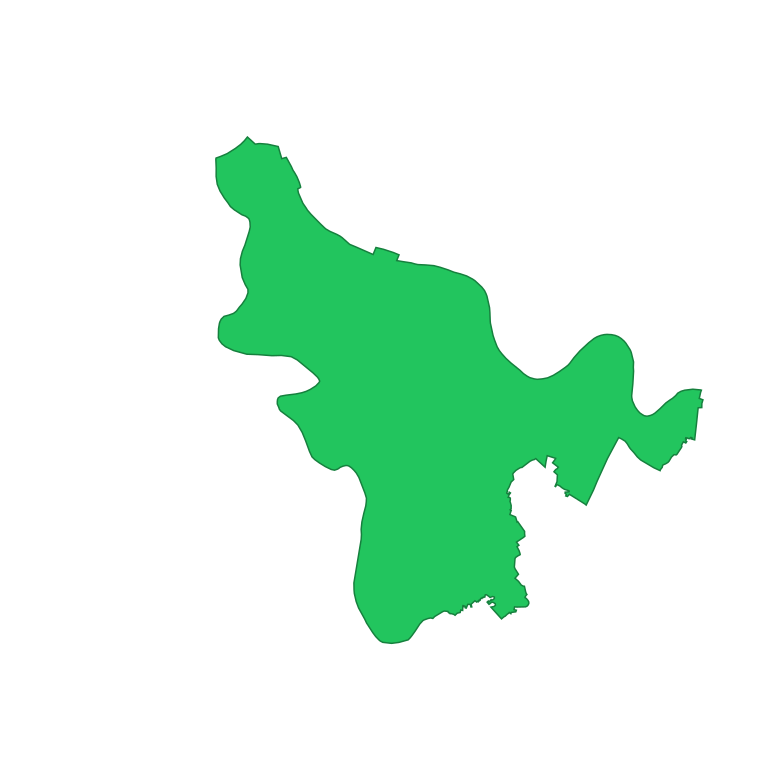 the district of Que Vo, Bắc Ninh, Vietnam, rotated 220°
{"feature_id": "81297802B29506934186430", "entity_name": "Que Vo", "entity_type": "district", "adm_level": 2, "iso_a3": "VNM", "parent_name": "Vietnam", "parent_adm1": "Bắc Ninh", "projection": "albers", "projection_center": [106.153, 21.145], "detail": "fine", "context": "isolated", "style": "filled", "palette": "green", "viewbox_px": 768, "rotation_deg": 220, "n_neighbors": 0, "source": "geoboundaries", "source_scale": "gbopen_adm2", "svg_char_len": 6159}
<svg xmlns="http://www.w3.org/2000/svg" viewBox="0 0 768 768"><g transform="rotate(220 384 384)"><path d="M155.4,437.5L158.3,446.7L164.9,470.5L169.8,493.8L166.8,494.6L162.6,495.2L159.4,494.6L155.0,493.1L153.3,492.7L148.6,492.1L143.1,491.0L138.5,490.8L123.4,493.3L116.8,495.1L117.2,496.0L117.3,499.0L118.2,500.7L118.2,501.5L117.0,503.8L116.1,506.4L116.0,508.0L116.8,512.9L116.6,514.3L116.5,516.2L114.6,517.5L114.4,518.4L115.3,526.4L115.6,527.5L116.8,528.5L117.5,532.1L114.9,532.8L115.1,534.5L116.3,534.3L116.9,536.0L117.8,535.8L118.2,536.7L117.3,536.9L117.4,537.5L115.0,538.2L114.6,540.4L113.2,540.7L113.2,539.5L110.1,540.9L119.4,554.9L127.8,567.3L128.0,567.8L125.4,570.2L128.0,573.4L129.5,576.9L133.2,575.6L136.1,581.1L136.9,583.3L137.6,583.0L144.1,578.5L149.7,572.5L151.8,569.3L153.1,565.8L153.1,562.6L153.8,558.3L154.6,555.8L155.9,550.7L156.7,542.4L157.7,536.0L158.5,533.4L159.6,531.3L161.2,529.1L162.1,528.2L164.2,527.0L166.4,526.6L169.2,526.3L171.0,526.5L173.0,526.8L177.0,527.9L182.8,530.7L185.6,533.0L186.8,534.3L193.5,544.1L201.1,554.3L203.7,557.0L207.0,561.3L214.6,566.9L216.1,567.8L217.7,568.5L224.8,570.7L227.6,571.2L231.5,571.3L234.9,570.9L238.2,569.8L241.5,568.0L245.1,565.3L247.1,563.3L249.1,560.7L251.1,557.2L252.3,554.0L253.7,547.2L255.2,535.3L255.4,526.3L255.0,519.4L255.1,516.7L255.9,512.9L257.7,506.1L259.9,499.4L262.6,493.9L266.0,489.7L269.6,486.1L272.0,484.6L276.4,482.6L279.4,482.0L283.9,481.6L288.7,481.9L300.3,481.7L307.0,482.0L313.2,482.9L317.0,483.7L321.2,485.2L327.5,488.7L331.7,491.3L341.6,499.0L343.3,500.7L348.9,506.9L352.2,510.3L361.5,517.4L363.8,518.7L367.1,520.2L371.4,521.1L380.8,521.6L383.6,521.3L390.1,519.9L396.4,517.4L402.3,514.6L408.3,512.6L415.8,509.6L421.9,506.7L428.3,502.2L434.9,497.2L437.6,495.8L441.0,494.3L447.0,490.6L453.6,486.7L455.5,492.6L461.2,490.8L470.9,486.9L477.9,483.4L475.6,476.2L493.4,471.0L500.1,468.9L510.1,469.2L512.8,469.0L516.2,468.3L523.4,466.2L528.0,465.4L529.7,465.4L535.8,465.8L549.2,467.1L554.6,468.0L556.2,468.6L562.3,470.3L572.1,475.2L574.2,476.8L575.5,478.2L574.4,480.5L574.3,481.1L575.0,481.7L578.5,484.0L584.0,486.8L588.6,488.5L591.0,489.2L594.7,491.0L604.5,494.8L607.2,490.9L617.7,497.9L627.3,492.9L633.2,488.7L634.4,487.7L636.6,485.2L637.0,485.0L647.4,485.4L647.3,480.6L647.8,475.4L649.3,468.8L652.3,459.5L655.5,453.2L657.9,449.1L657.2,448.0L651.3,441.5L646.0,435.1L640.1,429.8L633.6,426.4L625.8,423.8L620.1,422.5L615.7,421.2L610.5,421.2L601.7,422.3L597.9,423.6L595.3,423.8L593.7,423.7L592.2,422.9L590.6,421.7L587.4,418.3L585.3,414.2L579.8,400.9L577.8,394.6L574.5,387.7L570.7,382.7L561.0,374.4L554.1,370.9L549.1,369.1L546.8,366.4L544.8,360.8L544.1,353.8L544.2,350.1L543.9,345.2L544.1,343.8L544.7,341.3L547.2,337.0L550.0,333.0L550.4,329.1L549.8,326.5L549.2,324.9L546.3,320.0L540.6,312.9L538.2,311.6L533.9,310.6L529.3,310.7L520.6,313.0L508.3,318.6L499.3,325.6L488.0,333.7L481.0,339.9L472.6,345.3L465.9,346.7L445.5,346.9L439.4,346.5L437.2,345.9L435.1,344.9L434.7,343.4L435.0,338.7L437.0,332.4L438.9,328.3L441.3,324.5L445.2,319.6L451.9,312.4L455.5,308.1L456.1,305.4L455.6,303.7L454.5,302.0L452.9,300.1L449.5,298.4L447.9,297.4L445.8,296.9L429.9,297.8L423.6,297.2L415.5,294.3L407.5,290.1L397.8,284.5L392.3,281.9L388.5,281.6L382.9,282.0L375.9,283.0L369.5,284.6L366.5,286.2L364.8,289.0L364.4,290.2L364.1,291.8L362.6,294.7L360.7,297.2L359.2,298.2L358.1,298.6L355.1,298.9L351.3,298.6L348.0,298.0L343.2,296.3L328.7,288.3L324.1,285.3L321.8,282.3L319.6,278.9L316.3,271.9L312.3,264.2L308.1,258.0L304.5,254.2L301.6,250.3L279.2,212.3L274.5,206.9L272.0,204.4L265.5,199.5L259.5,196.1L247.6,191.5L243.7,189.7L232.7,186.3L228.0,185.2L223.3,184.7L221.7,184.7L218.9,185.3L211.5,190.2L206.5,195.6L201.0,203.6L200.8,206.6L200.9,209.6L201.3,214.7L202.3,223.1L202.1,227.8L201.6,229.1L199.7,232.4L198.7,233.8L197.8,234.8L195.9,235.8L195.7,238.5L192.6,247.6L191.8,248.9L188.8,250.9L188.0,250.4L187.1,250.4L186.7,250.7L185.7,250.5L185.4,250.9L184.5,251.5L182.9,252.2L182.6,252.4L180.9,252.5L180.6,255.5L178.8,257.9L179.9,260.2L178.2,261.1L180.8,264.4L179.9,264.7L180.6,265.3L179.1,265.9L178.4,265.8L177.8,264.8L177.0,265.1L177.3,266.4L178.2,269.0L176.5,270.5L175.8,270.3L174.0,269.1L173.5,269.7L175.7,271.2L175.0,276.4L172.9,276.5L172.7,277.4L171.8,277.6L171.7,278.9L172.2,278.9L172.2,279.6L171.8,279.7L171.8,280.4L171.5,280.4L172.0,281.5L172.0,282.0L171.1,282.7L171.5,283.5L170.7,284.2L170.8,284.6L170.6,285.0L170.1,285.2L169.8,285.7L170.9,287.4L170.6,288.0L170.1,288.4L167.3,288.7L165.5,288.7L164.4,290.8L163.8,291.2L162.5,291.7L161.7,290.8L161.7,289.2L162.6,287.6L163.3,287.7L163.5,284.6L164.6,284.8L164.8,283.2L161.9,282.7L161.6,283.8L161.2,286.2L159.9,286.9L157.6,287.2L156.4,286.1L156.7,284.3L158.7,281.8L143.0,279.6L142.5,282.6L141.9,284.1L141.6,287.0L141.1,288.6L141.2,289.5L139.2,289.6L139.7,290.8L136.6,294.2L137.2,295.8L139.4,294.7L140.7,297.2L138.9,298.5L132.3,304.3L131.6,305.8L131.5,306.9L131.9,308.8L133.0,310.1L134.8,310.8L137.2,311.2L138.7,311.0L139.0,311.6L139.3,313.2L139.2,314.6L140.5,315.0L141.7,315.7L146.4,319.3L146.7,318.9L149.5,318.2L154.1,319.3L158.8,319.4L158.7,324.7L164.9,326.7L166.5,327.6L171.5,334.6L171.6,336.0L171.0,338.3L170.0,340.8L170.9,341.6L173.3,343.1L177.6,344.9L177.0,347.2L180.9,348.0L178.6,355.9L178.2,357.9L179.9,359.5L181.6,361.5L193.0,364.5L193.3,363.8L197.7,366.7L203.7,364.9L205.2,368.7L205.6,368.4L205.8,368.9L206.5,368.8L206.4,370.1L208.5,372.7L211.8,375.0L212.2,375.1L212.5,376.1L213.9,377.8L215.0,377.7L216.0,377.0L216.9,379.3L217.1,381.8L218.3,381.7L218.1,379.9L218.3,379.5L218.9,379.3L219.8,379.3L220.2,379.9L220.2,381.0L220.8,381.1L221.4,382.4L221.9,385.3L223.6,390.6L223.2,394.2L227.5,397.8L227.7,399.0L227.4,402.7L226.0,407.1L225.2,408.3L224.7,408.7L222.5,418.7L221.4,421.2L220.2,422.9L219.8,424.4L207.1,423.8L210.1,428.8L212.9,434.0L204.7,437.4L204.5,436.8L204.2,432.0L197.0,432.3L196.9,430.4L197.4,429.2L197.5,427.8L197.4,426.0L192.8,425.9L188.7,420.4L187.2,415.6L186.6,415.7L186.6,415.9L187.1,418.0L183.8,418.9L181.2,418.9L178.1,419.3L173.7,421.1L173.0,420.7L173.0,420.3L175.7,417.6L174.9,416.6L173.4,416.6L173.1,416.4L172.8,415.1L171.2,415.7L171.0,418.7L153.1,421.2L151.3,421.2L155.4,437.5Z" fill="#22c55e" stroke="#15803d" stroke-width="1.5"/></g></svg>